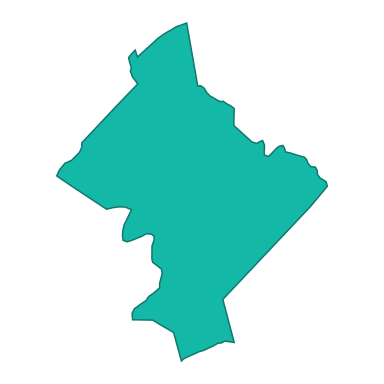 outline of Santa Luzia, Paraíba, Brazil
{"feature_id": "56859067B37147580586043", "entity_name": "Santa Luzia", "entity_type": "district", "adm_level": 2, "iso_a3": "BRA", "parent_name": "Brazil", "parent_adm1": "Paraíba", "projection": "orthographic", "projection_center": [-36.906, -6.919], "detail": "fine", "context": "isolated", "style": "filled", "palette": "teal", "viewbox_px": 384, "rotation_deg": 0, "n_neighbors": 0, "source": "geoboundaries", "source_scale": "gbopen_adm2", "svg_char_len": 1577}
<svg xmlns="http://www.w3.org/2000/svg" viewBox="0 0 384 384"><path d="M135.2,50.1L131.3,54.2L128.6,57.6L129.5,61.7L130.4,64.8L131.4,67.6L130.3,71.0L132.4,76.8L135.0,80.2L137.7,84.0L128.3,93.7L115.9,106.6L81.8,142.8L81.8,147.2L79.6,152.2L71.6,160.3L65.0,163.2L59.4,170.0L56.7,175.9L71.4,186.0L106.5,209.2L112.8,207.7L118.7,206.9L125.2,207.0L131.5,209.8L129.4,214.0L126.2,220.7L124.4,224.2L123.0,229.7L122.4,235.1L123.1,240.3L126.8,241.8L130.6,240.8L141.9,236.3L146.3,233.7L151.6,234.2L154.2,236.5L154.0,240.1L152.0,246.1L151.9,259.1L152.7,262.3L156.9,265.5L161.4,269.1L162.2,273.4L159.6,283.4L159.6,287.9L153.7,293.0L148.6,296.6L146.0,300.6L140.9,304.0L134.4,308.7L132.1,313.2L132.6,319.8L152.7,320.1L160.7,325.0L173.6,332.5L181.4,361.0L184.2,358.5L187.2,357.0L190.9,355.4L193.9,354.1L199.1,351.7L203.7,350.4L208.1,348.3L212.2,346.5L214.8,345.0L218.2,343.2L221.6,342.9L224.5,341.2L228.6,341.6L234.2,342.5L222.8,299.4L231.4,290.3L310.3,206.7L327.3,186.3L326.2,181.9L323.2,179.8L320.3,178.2L317.5,174.6L317.2,170.5L315.3,167.1L310.9,166.7L308.0,163.3L306.5,159.5L304.4,157.2L299.9,156.0L295.1,154.5L290.8,153.1L285.5,151.9L284.6,148.4L282.9,145.4L279.1,146.3L276.6,148.2L273.4,151.5L271.4,153.7L268.3,156.5L264.4,155.0L264.2,151.5L264.5,148.4L264.4,144.8L262.6,140.5L259.5,141.8L256.9,143.4L252.0,142.0L233.8,125.5L234.2,108.6L231.3,106.2L227.0,103.9L223.2,101.3L220.0,101.6L217.0,100.0L213.5,97.8L210.3,96.2L206.8,92.6L204.0,88.0L200.7,85.8L197.7,85.8L186.7,23.0L176.4,26.7L164.2,33.9L158.1,38.2L137.5,57.0L135.2,50.1Z" fill="#14b8a6" stroke="#0f766e" stroke-width="1.5"/></svg>